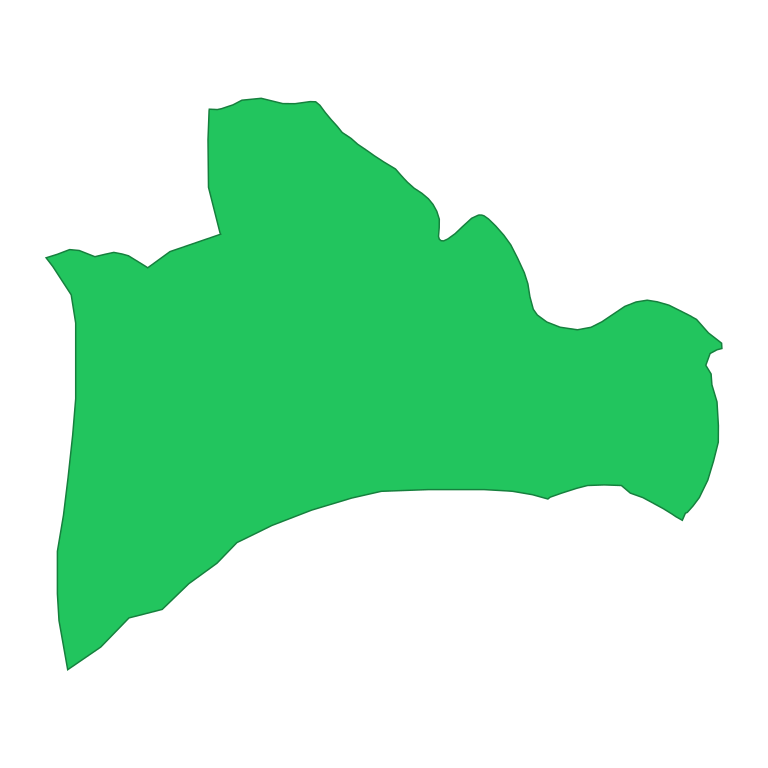 the district of Monchy/Moulin A Vent, Gros Islet, Saint Lucia, rotated 180°
{"feature_id": "8701671B65471913227261", "entity_name": "Monchy/Moulin A Vent", "entity_type": "district", "adm_level": 2, "iso_a3": "LCA", "parent_name": "Saint Lucia", "parent_adm1": "Gros Islet", "projection": "mercator", "projection_center": [-60.951, 14.063], "detail": "fine", "context": "isolated", "style": "filled", "palette": "green", "viewbox_px": 768, "rotation_deg": 180, "n_neighbors": 0, "source": "geoboundaries", "source_scale": "gbopen_adm2", "svg_char_len": 1919}
<svg xmlns="http://www.w3.org/2000/svg" viewBox="0 0 768 768"><g transform="rotate(180 384 384)"><path d="M85.7,247.7L82.6,254.8L80.7,255.6L75.0,262.0L68.7,270.4L60.2,287.9L54.5,306.8L49.7,325.8L49.6,342.3L51.0,366.1L56.1,383.2L56.9,394.0L62.2,402.7L57.9,414.5L51.1,418.2L46.1,419.5L46.4,424.8L59.6,435.1L71.5,448.6L75.7,450.9L77.1,451.8L86.0,456.3L97.4,462.0L99.0,462.8L110.8,466.2L120.8,467.8L132.0,466.0L143.2,461.6L157.2,452.2L166.1,446.2L177.0,440.7L190.7,438.2L208.0,440.8L221.2,446.0L230.7,453.0L234.7,458.7L238.1,471.3L240.1,484.1L243.7,495.3L250.5,510.0L257.2,523.1L264.2,532.8L272.3,542.0L279.6,549.1L284.0,552.2L286.2,552.9L289.0,553.0L290.2,552.6L296.4,549.7L305.8,541.1L312.9,534.3L320.4,528.9L324.4,527.1L326.9,527.3L328.7,528.8L329.5,531.6L328.8,540.2L328.7,548.8L331.2,556.7L335.0,563.6L339.6,569.2L346.1,574.7L353.9,579.8L360.5,585.7L364.2,589.6L367.7,593.5L372.5,599.0L384.3,606.1L393.8,612.3L400.1,616.8L410.4,623.8L416.8,629.5L425.8,635.5L430.8,641.7L436.7,648.2L442.7,655.4L448.1,662.7L452.3,666.2L457.8,666.4L473.0,664.3L485.2,664.4L506.8,669.7L526.1,667.8L535.1,663.1L538.5,662.0L546.5,659.3L550.8,658.4L551.9,658.5L558.7,658.8L558.9,657.4L560.0,628.3L559.5,580.7L548.0,535.2L547.3,533.8L598.0,516.4L620.3,500.2L622.5,501.7L639.5,512.2L645.9,514.0L654.2,515.6L662.6,513.8L673.1,511.3L688.8,517.5L698.4,518.4L710.7,513.7L721.9,510.2L715.2,501.5L696.8,473.2L692.3,444.9L692.3,406.1L692.3,369.3L695.3,333.1L699.9,290.6L704.5,252.9L710.6,216.7L710.6,174.2L709.0,147.4L700.3,98.3L667.2,121.0L639.0,150.1L605.8,158.6L579.2,184.3L551.0,204.8L531.1,225.4L505.1,238.1L496.2,242.5L456.3,257.9L416.5,269.9L386.6,276.7L340.1,278.4L316.9,278.4L283.7,278.4L261.0,277.1L255.4,276.7L235.5,273.3L220.1,269.0L217.9,270.8L206.6,274.8L191.3,279.7L180.5,282.5L163.8,283.1L146.6,282.5L137.7,274.9L125.1,270.4L104.8,259.4L95.9,253.9L92.1,251.3L85.7,247.7Z" fill="#22c55e" stroke="#15803d" stroke-width="1.5"/></g></svg>